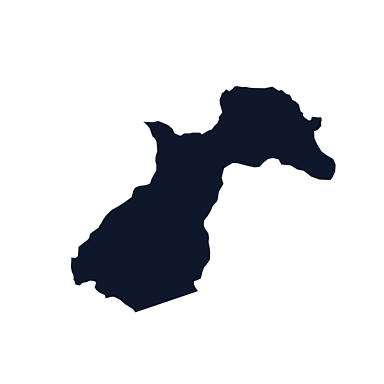 outline of Kalo Chorio Lemesou, Limassol, Cyprus, rotated 325°
{"feature_id": "46923920B64669824717962", "entity_name": "Kalo Chorio Lemesou", "entity_type": "district", "adm_level": 2, "iso_a3": "CYP", "parent_name": "Cyprus", "parent_adm1": "Limassol", "projection": "equal_earth", "projection_center": [33.03, 34.846], "detail": "fine", "context": "isolated", "style": "filled", "palette": "ink", "viewbox_px": 384, "rotation_deg": 325, "n_neighbors": 0, "source": "geoboundaries", "source_scale": "gbopen_adm2", "svg_char_len": 2429}
<svg xmlns="http://www.w3.org/2000/svg" viewBox="0 0 384 384"><g transform="rotate(325 192 192)"><path d="M273.4,128.9L272.4,129.9L268.3,132.5L265.9,136.5L264.9,139.8L263.2,144.6L260.0,146.0L257.5,146.5L256.1,148.8L252.6,150.9L248.5,151.4L244.0,153.0L241.0,151.9L237.5,151.6L232.4,151.3L232.0,148.6L226.7,144.7L223.5,143.4L219.0,140.3L214.4,140.2L210.6,134.2L211.5,129.3L210.1,123.8L207.9,120.2L204.6,115.1L199.5,113.1L193.6,108.4L194.3,111.4L194.6,115.4L193.5,119.5L192.3,123.9L192.9,126.2L192.9,127.7L192.8,129.9L190.7,134.0L187.5,139.2L183.0,142.7L180.4,145.9L179.0,149.8L175.6,154.5L170.5,156.8L166.7,158.8L162.7,161.8L158.5,160.9L152.0,157.5L148.2,156.7L145.5,157.6L140.0,162.3L129.7,162.5L123.6,162.2L116.2,161.4L109.0,162.5L103.7,164.3L100.9,165.8L98.1,166.9L95.0,168.4L91.4,168.4L87.8,168.4L84.7,168.6L81.7,171.4L78.2,172.2L74.4,172.2L71.2,172.5L67.8,172.6L66.2,174.9L64.3,177.1L62.2,179.8L59.7,180.0L56.5,179.5L56.9,178.6L55.9,178.6L55.7,177.7L53.7,180.3L50.4,184.4L48.5,188.7L47.9,192.4L46.1,195.4L45.4,195.9L45.4,197.8L44.3,200.7L46.6,203.3L50.5,202.9L54.8,204.8L57.9,205.3L61.7,208.6L62.4,212.0L60.3,213.1L58.2,214.8L58.3,217.8L59.2,220.9L62.3,226.5L61.3,229.2L64.9,230.3L68.0,232.0L69.8,234.5L72.2,239.4L73.5,245.2L77.2,253.8L77.3,257.5L79.3,258.1L139.3,275.6L139.3,274.6L139.2,272.1L139.9,268.3L142.1,265.4L145.8,266.4L149.3,267.1L151.4,265.4L153.9,263.1L158.4,259.9L161.8,259.1L164.1,258.3L167.6,256.8L171.1,252.2L173.6,247.9L176.2,242.1L179.0,238.9L181.0,234.9L180.9,229.7L181.7,225.9L184.9,221.7L190.8,219.9L195.9,217.7L201.0,214.5L206.8,213.3L209.0,211.6L213.7,206.5L221.8,202.8L223.9,196.8L226.8,194.3L231.7,190.1L242.1,190.7L246.3,193.9L253.2,202.1L258.0,207.2L261.8,209.3L267.2,208.2L273.3,207.7L278.3,210.0L282.4,214.6L281.8,220.5L288.5,226.1L292.0,233.8L296.2,238.0L299.3,247.6L304.2,254.5L310.4,259.2L312.5,260.8L315.1,260.0L320.4,256.9L324.6,251.7L325.8,246.1L322.8,239.6L320.6,233.0L321.2,223.9L322.6,217.4L326.7,211.3L330.3,212.5L335.3,211.4L337.0,208.4L339.0,207.0L339.7,205.1L337.9,204.1L333.4,200.1L331.0,202.1L328.2,201.1L326.3,196.1L325.9,192.7L327.4,191.1L326.4,188.5L327.2,186.1L328.9,181.4L327.9,177.2L326.0,174.0L326.8,171.7L327.0,168.7L324.9,166.3L323.2,160.2L320.6,159.6L317.7,152.4L310.8,149.4L303.7,144.3L299.0,140.7L295.9,137.3L293.0,135.6L290.0,132.5L287.6,130.8L284.6,131.5L279.8,131.8L278.4,128.4L274.0,129.4L273.4,128.9Z" fill="#0f172a" stroke="#020617" stroke-width="1.5"/></g></svg>